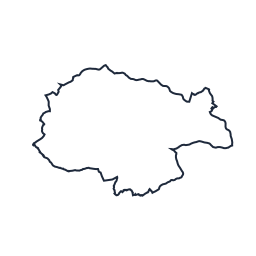 Lazareni, Bihor, Romania, rotated 71°
{"feature_id": "2599482B97627536391850", "entity_name": "Lazareni", "entity_type": "district", "adm_level": 2, "iso_a3": "ROU", "parent_name": "Romania", "parent_adm1": "Bihor", "projection": "albers", "projection_center": [22.063, 46.86], "detail": "fine", "context": "isolated", "style": "outline", "palette": "slate", "viewbox_px": 256, "rotation_deg": 71, "n_neighbors": 0, "source": "geoboundaries", "source_scale": "gbopen_adm2", "svg_char_len": 5782}
<svg xmlns="http://www.w3.org/2000/svg" viewBox="0 0 256 256"><g transform="rotate(71 128 128)"><path d="M113.8,222.9L113.8,222.4L113.5,222.0L113.5,221.8L115.7,221.3L116.4,220.9L116.9,220.2L117.6,219.7L117.9,220.0L118.9,219.5L121.3,219.1L121.8,219.3L121.9,218.9L122.3,218.9L122.7,219.0L122.9,218.7L124.2,218.1L124.8,217.6L125.1,217.6L125.7,217.4L126.1,217.0L126.4,217.2L126.5,217.0L126.4,216.8L127.2,216.6L127.7,216.9L128.3,216.7L130.1,214.5L130.6,214.0L132.8,213.0L134.5,212.9L135.3,212.2L136.0,211.9L138.9,211.2L140.6,209.8L142.0,207.6L143.4,205.9L143.4,205.3L143.8,205.0L145.5,202.8L145.4,202.5L146.4,201.9L146.8,201.1L148.7,199.4L149.6,198.4L149.6,198.1L149.4,197.8L149.8,197.3L149.7,197.0L150.3,194.5L150.6,191.7L151.3,190.8L152.5,187.7L152.4,187.2L152.4,186.1L152.6,185.2L152.4,184.8L152.1,183.7L152.4,183.2L152.5,181.6L152.4,180.1L152.6,179.7L152.7,178.5L152.9,178.0L153.1,177.9L153.5,177.4L155.6,173.4L156.4,171.7L157.0,169.7L159.7,169.8L160.1,169.6L161.2,168.4L165.1,168.4L170.0,167.9L171.6,159.5L171.5,158.9L170.7,154.2L170.9,154.2L171.9,154.5L172.6,155.1L173.7,155.7L174.7,156.7L174.9,157.1L175.0,157.5L177.3,159.4L177.9,160.2L178.4,160.4L178.9,160.3L179.8,160.6L180.5,161.3L181.7,161.3L182.1,161.0L182.8,161.0L184.2,161.4L184.6,161.3L185.8,161.8L185.8,162.0L186.4,161.8L186.8,161.4L187.8,160.9L188.0,159.8L188.0,159.4L187.6,158.5L187.3,158.0L186.8,157.7L185.5,155.4L185.5,155.1L186.2,154.5L186.8,154.2L186.4,153.3L185.4,152.5L185.3,152.1L185.3,151.9L185.7,151.8L185.5,151.2L185.7,150.7L185.8,150.8L185.8,150.2L186.1,150.1L186.3,149.7L186.5,149.6L186.5,149.1L186.3,148.6L186.4,146.7L186.9,146.2L186.9,145.8L188.0,145.3L188.2,145.0L188.9,144.9L189.4,144.7L190.3,144.8L190.7,144.6L190.9,144.9L191.7,144.9L192.8,145.2L193.2,145.2L193.1,144.7L193.3,144.3L193.4,143.7L193.2,143.2L193.0,142.8L193.3,142.8L193.5,143.0L193.9,142.5L193.8,141.7L194.0,139.5L195.0,139.3L195.4,139.0L195.6,138.5L195.8,138.3L195.7,138.2L195.8,137.9L195.6,137.9L195.9,136.9L196.2,137.0L196.3,136.7L196.5,136.7L196.7,136.4L195.6,132.9L195.4,131.3L195.1,130.7L195.1,130.4L195.3,130.2L195.0,129.6L193.3,128.2L192.8,127.4L193.7,127.0L194.1,127.0L194.4,126.7L195.0,126.6L195.2,126.3L196.1,126.1L197.2,126.0L197.0,125.0L196.8,122.7L196.4,120.9L196.0,119.0L195.6,118.4L194.5,117.8L193.5,116.7L192.9,115.2L192.6,113.5L192.9,110.3L192.3,108.3L192.2,106.5L192.1,105.5L191.5,104.7L191.3,104.2L191.4,103.6L191.5,103.2L192.0,102.6L192.2,102.1L192.3,100.7L192.2,100.4L191.9,99.7L191.7,98.7L191.7,97.9L192.2,96.2L192.2,95.7L192.0,95.1L192.1,94.1L191.8,93.3L190.9,92.4L189.9,91.1L188.8,90.6L187.6,90.6L185.9,91.1L182.9,91.7L179.9,92.5L178.0,92.6L175.3,92.4L173.2,92.5L171.2,92.2L169.3,91.5L168.3,90.7L167.2,90.4L166.4,91.1L165.7,91.2L163.9,92.1L162.8,93.3L162.0,93.9L162.2,93.4L162.8,92.6L163.0,91.9L163.1,89.8L163.2,89.2L163.2,88.6L162.8,87.6L162.8,86.5L162.3,85.7L161.7,82.6L162.1,80.4L162.8,79.4L163.1,78.5L163.6,75.7L163.6,75.0L163.3,73.4L163.2,71.2L163.3,69.4L163.5,68.2L163.5,65.7L163.6,65.1L163.8,64.4L164.8,62.8L166.5,60.5L167.9,57.8L169.2,56.0L170.1,55.5L171.4,55.0L172.6,54.3L173.4,54.0L173.8,53.6L175.0,51.7L175.2,51.2L175.2,49.6L176.0,47.2L177.1,45.4L178.3,43.8L178.6,43.0L178.9,42.1L179.1,39.8L179.2,39.6L178.4,36.6L178.5,35.5L178.5,35.2L177.4,34.9L175.6,34.1L172.3,33.5L168.9,33.5L167.3,33.0L165.0,32.7L163.5,33.1L162.5,33.8L161.9,34.6L160.8,35.3L160.1,35.5L158.6,35.4L155.3,34.2L154.0,34.1L153.3,34.2L152.0,34.8L151.5,35.5L150.2,37.8L147.9,39.4L143.5,44.3L142.1,45.1L141.2,45.3L139.5,45.4L139.3,43.8L139.1,43.3L138.7,42.9L137.8,42.1L137.2,42.6L136.9,42.5L136.7,42.7L136.3,42.3L135.8,41.4L137.0,40.6L136.6,39.8L136.5,38.6L136.8,37.9L136.4,37.2L132.0,40.2L130.9,38.6L129.7,39.2L128.3,38.6L126.6,38.2L125.2,38.1L121.9,39.2L120.2,39.3L118.7,39.3L118.1,38.8L117.7,38.9L116.7,40.1L115.9,40.9L115.3,41.7L115.6,42.0L115.6,42.9L115.8,43.1L115.9,43.4L116.5,44.0L116.8,44.7L117.1,44.9L117.8,47.4L117.6,49.0L117.7,49.9L117.9,50.4L117.7,50.9L118.4,52.8L118.5,53.3L118.5,53.9L118.3,54.4L118.0,54.7L117.7,54.6L117.4,54.8L117.2,55.1L116.7,55.7L115.9,56.2L123.1,61.5L122.3,63.6L121.9,64.1L119.8,65.6L118.4,66.2L116.0,66.0L114.1,66.5L113.8,66.9L112.6,69.0L111.6,71.2L110.9,72.3L109.6,74.0L108.0,75.4L106.7,76.2L103.9,76.2L103.3,76.4L101.7,77.2L100.8,78.2L99.9,80.5L99.5,81.3L97.8,82.6L93.2,84.7L92.7,85.0L92.4,85.3L92.1,86.1L92.1,87.3L92.2,88.2L92.1,88.9L91.3,91.3L90.8,92.1L90.6,93.0L89.5,94.8L87.8,96.4L86.7,97.6L86.2,98.9L86.1,100.4L85.8,102.2L85.8,103.0L85.4,104.7L84.6,105.8L83.9,106.5L83.3,107.4L82.5,109.3L80.5,110.9L79.8,111.1L78.1,112.0L77.3,112.8L75.5,113.4L74.0,115.0L73.7,115.7L73.7,116.3L73.2,118.7L73.0,119.3L72.6,119.8L72.7,120.2L72.7,120.5L72.5,120.8L72.2,121.0L72.2,121.7L72.1,123.0L69.6,124.5L68.8,125.1L68.2,125.7L65.5,127.4L63.9,127.5L63.1,128.0L61.3,128.6L61.3,129.9L61.4,130.5L63.0,134.4L63.4,135.6L63.4,136.0L63.2,136.8L62.8,137.5L61.6,139.3L60.4,142.4L59.4,144.6L59.1,146.1L58.9,147.7L58.8,149.6L58.9,150.7L59.4,152.7L60.5,154.7L61.2,155.4L61.9,156.4L62.2,157.0L62.0,158.3L61.5,158.8L61.9,163.1L62.1,163.4L62.8,163.4L64.0,164.4L64.7,164.6L65.0,165.1L65.6,167.3L65.6,169.0L66.3,173.5L66.6,175.0L64.7,177.9L66.3,177.1L67.5,178.7L69.3,181.6L71.2,181.8L73.3,184.2L73.5,184.8L73.0,185.4L71.4,185.9L69.5,187.7L70.3,189.6L70.5,192.0L70.3,195.3L71.8,194.9L75.1,194.5L77.0,194.4L77.6,194.5L80.9,195.7L84.7,195.7L86.7,196.4L86.2,197.7L86.1,200.6L86.5,201.8L86.7,203.4L87.7,204.3L88.7,205.9L89.8,207.2L91.3,207.7L91.6,207.7L91.9,208.0L91.7,208.4L92.0,208.6L92.3,208.6L92.6,208.1L94.1,207.0L97.1,205.9L97.4,206.1L97.4,206.6L97.5,207.2L99.5,209.0L100.6,209.5L101.5,209.6L102.7,210.3L103.4,210.4L105.2,210.1L106.9,209.0L108.1,210.2L109.4,212.4L110.0,214.4L110.3,215.8L111.1,219.3L111.6,220.2L111.6,221.4L111.9,222.1L112.8,223.2L113.1,223.3L113.8,222.9Z" fill="none" stroke="#1e293b" stroke-width="2"/></g></svg>